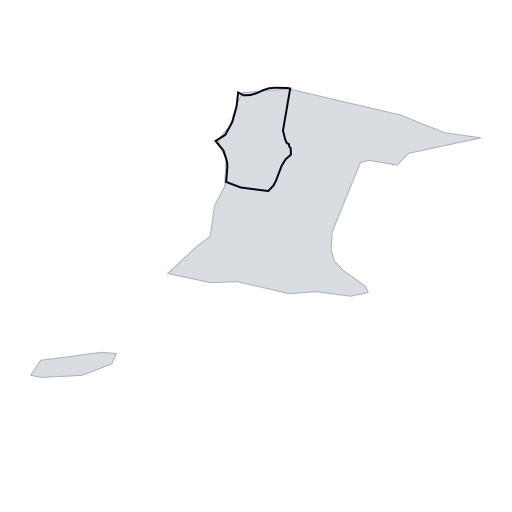 Rio Claro-Mayaro on a map of Trinidad and Tobago (Mercator projection), rotated 195°
{"feature_id": "TTO-55", "entity_name": "Rio Claro-Mayaro", "entity_type": "Region", "adm_level": 1, "iso_a3": "TTO", "parent_name": "Trinidad and Tobago", "parent_adm1": "", "projection": "mercator", "projection_center": [-61.112, 10.272], "detail": "fine", "context": "in_parent", "style": "outline", "palette": "ink", "viewbox_px": 512, "rotation_deg": 195, "n_neighbors": 0, "source": "natural_earth", "source_scale": "10m", "svg_char_len": 1064}
<svg xmlns="http://www.w3.org/2000/svg" viewBox="0 0 512 512"><g transform="rotate(195 256 256)"><path d="M311.1,410.4L267.2,425.9L153.0,429.5L105.6,423.9L69.3,428.3L135.4,394.6L143.2,380.4L171.3,377.7L179.3,373.5L188.7,299.1L185.0,281.4L179.4,271.6L168.1,264.6L142.5,255.0L138.2,249.8L154.3,241.6L188.6,237.1L214.3,228.2L267.4,226.4L293.1,218.5L336.7,216.2L315.3,250.4L305.2,263.1L309.1,293.9L304.2,314.7L309.9,341.1L322.9,358.4L314.5,375.4L313.3,401.2L311.1,410.4ZM380.3,123.0L365.6,125.7L367.3,114.7L393.1,95.7L432.6,83.0L442.7,82.5L437.0,99.5L380.3,123.0Z" fill="#d9dde1" stroke="#a8b0b8" stroke-width="1"/><path d="M304.0,319.8L306.8,335.0L308.1,338.8L310.0,342.3L314.8,349.5L324.8,356.6L317.0,365.1L313.6,379.3L313.5,395.3L315.5,409.3L309.6,408.0L303.1,410.0L297.0,413.8L292.2,417.9L287.4,421.1L281.3,423.4L269.1,426.4L266.3,426.6L262.4,384.1L258.0,376.2L255.5,373.1L253.2,372.6L252.2,370.3L250.4,369.1L248.5,362.9L252.4,357.2L254.6,349.7L256.2,334.0L257.4,328.5L261.0,321.9L288.6,318.2L304.0,319.8Z" fill="none" stroke="#020617" stroke-width="2"/></g></svg>